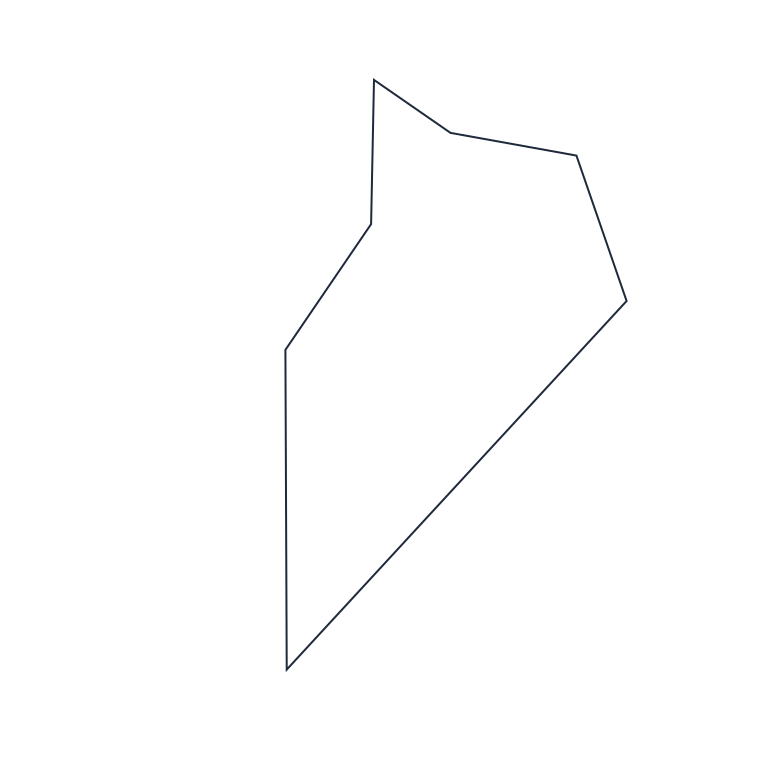 outline of North Hill, rotated 121°
{"feature_id": "AIA-5118", "entity_name": "North Hill", "entity_type": "District", "adm_level": 1, "iso_a3": "AIA", "parent_name": "Anguilla", "parent_adm1": "", "projection": "robinson", "projection_center": [-63.07, 18.224], "detail": "fine", "context": "isolated", "style": "outline", "palette": "slate", "viewbox_px": 768, "rotation_deg": 121, "n_neighbors": 0, "source": "natural_earth", "source_scale": "10m", "svg_char_len": 260}
<svg xmlns="http://www.w3.org/2000/svg" viewBox="0 0 768 768"><g transform="rotate(121 384 384)"><path d="M89.1,336.7L187.9,218.8L678.9,320.3L405.5,486.1L253.6,477.4L128.5,549.2L134.5,456.3L89.1,336.7Z" fill="none" stroke="#1e293b" stroke-width="2"/></g></svg>